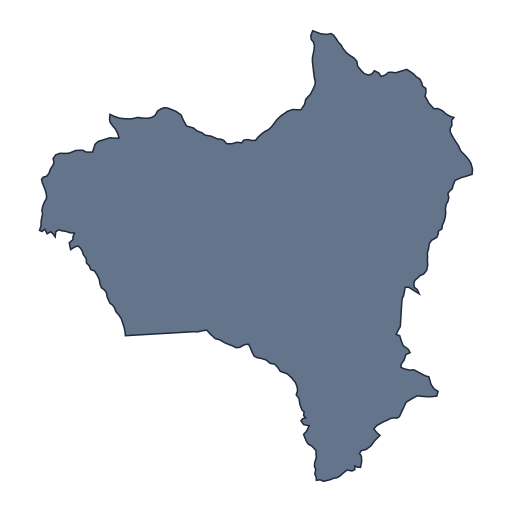 Brotas, São Paulo, Brazil (orthographic projection)
{"feature_id": "56859067B5595696785316", "entity_name": "Brotas", "entity_type": "district", "adm_level": 2, "iso_a3": "BRA", "parent_name": "Brazil", "parent_adm1": "São Paulo", "projection": "orthographic", "projection_center": [-48.081, -22.291], "detail": "fine", "context": "isolated", "style": "filled", "palette": "slate", "viewbox_px": 512, "rotation_deg": 0, "n_neighbors": 0, "source": "geoboundaries", "source_scale": "gbopen_adm2", "svg_char_len": 4590}
<svg xmlns="http://www.w3.org/2000/svg" viewBox="0 0 512 512"><path d="M453.9,117.5L450.8,116.6L446.0,114.0L443.0,111.1L440.3,109.6L437.4,108.5L434.0,108.8L431.0,105.5L428.8,103.1L427.0,99.5L425.0,96.1L425.9,93.1L425.8,88.4L422.4,85.9L421.8,82.8L419.9,79.1L416.0,76.6L413.3,73.7L410.7,71.9L406.8,69.4L400.1,71.4L395.5,72.8L391.7,72.2L388.3,72.4L385.3,75.0L381.1,76.4L378.7,72.9L374.4,70.7L371.9,73.9L368.5,75.1L364.2,73.6L360.9,70.2L357.7,66.2L356.8,61.2L353.8,57.8L350.0,55.5L346.3,52.6L342.9,48.4L341.0,44.9L338.5,42.4L336.2,38.7L333.7,35.3L331.0,33.5L327.2,34.4L320.8,33.8L312.7,30.7L310.8,35.6L311.2,39.4L313.4,42.1L314.4,45.9L314.0,49.9L313.2,53.9L312.4,57.9L312.4,61.6L313.1,67.7L313.7,72.8L314.4,78.2L315.2,81.0L315.1,84.5L313.1,89.0L310.4,94.4L307.9,96.8L305.7,99.4L304.5,104.5L300.9,109.8L296.6,109.7L292.8,109.5L287.4,111.3L284.4,113.5L280.9,115.8L276.6,120.0L273.6,124.1L271.3,127.0L268.5,129.6L264.5,131.7L261.5,134.0L257.9,137.3L255.5,140.4L251.4,140.4L248.0,139.6L243.7,140.1L241.7,142.9L237.2,142.2L231.5,143.8L226.6,143.7L223.8,140.4L221.0,139.2L217.3,138.9L211.3,136.2L205.0,135.1L201.8,132.6L197.3,131.1L193.5,128.0L189.8,126.9L186.6,126.1L184.9,123.0L183.0,119.5L181.2,115.0L176.1,111.4L171.0,109.3L167.6,108.0L164.3,107.7L161.1,108.8L157.6,110.9L155.1,115.4L152.0,117.3L148.4,118.2L143.3,118.2L137.8,117.4L135.0,118.1L131.3,118.8L127.8,118.9L123.3,118.6L119.4,118.1L115.8,116.9L113.2,115.9L110.0,114.3L109.5,119.2L110.2,122.4L112.6,125.8L115.5,129.2L117.6,133.3L119.1,138.0L114.8,138.2L110.1,137.7L104.9,139.3L98.2,141.4L95.1,144.2L92.5,152.1L86.1,152.1L82.9,150.3L79.8,150.2L75.7,150.5L69.3,153.1L65.9,153.4L60.0,153.3L55.8,154.8L53.1,158.5L54.0,162.8L52.4,166.1L50.4,169.1L48.9,173.4L46.5,176.3L43.3,177.1L41.5,179.4L42.5,183.3L43.9,186.6L45.5,190.8L46.5,195.3L46.5,198.4L44.4,202.0L42.6,206.7L41.9,210.5L42.6,214.2L41.7,217.7L41.1,221.4L41.0,225.7L39.5,230.4L42.1,231.5L44.8,229.2L47.1,233.8L50.8,231.7L53.4,234.4L55.2,236.9L55.7,232.0L58.8,229.7L61.7,230.8L66.0,231.4L69.9,232.8L74.4,233.1L73.0,236.5L72.9,239.6L69.2,242.9L70.6,249.6L74.7,247.0L78.0,246.0L80.4,248.1L82.1,250.7L83.3,254.6L86.2,258.6L86.5,263.1L89.1,265.6L90.7,269.6L94.6,271.0L97.2,275.2L99.2,279.3L100.2,284.8L101.6,287.9L104.7,290.2L106.5,293.0L107.2,297.2L108.7,300.5L110.1,303.4L112.5,305.0L114.3,307.5L116.0,311.8L118.7,314.8L121.3,318.8L122.6,322.8L124.2,327.7L125.1,332.3L125.4,335.7L152.6,334.1L193.9,331.7L197.7,331.9L201.9,330.9L206.8,330.1L209.9,333.7L212.2,335.8L215.2,338.6L220.0,339.9L224.2,342.5L228.8,344.5L232.4,345.8L235.9,347.7L239.8,347.4L242.8,345.6L245.5,344.4L248.5,344.3L250.1,347.1L251.8,351.6L254.2,356.2L257.2,357.7L260.2,358.2L263.2,359.0L266.1,360.0L270.2,363.4L274.7,364.2L277.8,367.5L280.3,371.4L287.2,373.8L291.7,377.9L293.4,380.2L295.4,382.4L297.0,386.6L297.6,390.4L296.2,394.9L299.0,398.5L299.9,404.5L301.9,409.8L304.1,412.0L303.6,415.5L305.6,417.9L302.8,418.6L300.9,420.8L303.7,424.6L309.2,425.7L307.7,428.7L306.5,431.3L303.6,434.3L304.8,437.6L306.8,442.1L308.6,444.4L311.3,445.7L313.7,448.0L316.0,450.6L316.0,453.8L316.3,457.6L314.8,462.3L314.4,466.4L315.7,469.3L314.8,474.1L316.1,476.8L316.4,480.3L320.1,479.8L323.6,481.3L326.6,480.6L330.8,479.5L333.5,478.3L337.0,477.7L340.1,475.9L343.5,472.8L347.2,470.0L351.9,471.0L354.8,469.7L354.8,466.0L357.5,467.2L360.5,467.4L361.7,461.2L361.4,456.3L359.5,453.4L361.3,450.6L366.2,449.5L371.1,445.7L374.1,441.4L376.8,438.5L380.0,435.4L377.1,433.0L373.8,428.8L377.1,425.3L379.8,423.9L383.5,421.8L387.5,420.1L390.4,418.5L393.8,417.8L396.9,418.2L399.4,416.6L406.1,402.3L411.4,399.0L417.3,395.8L422.2,396.4L428.5,396.8L432.1,396.6L436.8,396.1L438.1,391.4L434.1,388.9L431.1,384.5L429.8,380.1L428.9,376.8L425.5,375.9L417.3,371.6L413.9,369.8L409.7,370.1L404.5,368.9L400.9,367.4L401.3,364.0L404.0,360.3L406.0,354.5L410.1,352.7L408.3,349.3L403.1,345.5L401.1,340.2L399.7,335.7L396.1,334.4L398.6,329.5L400.3,326.6L401.8,302.6L402.2,298.4L403.6,295.8L405.2,287.3L408.8,287.3L419.2,293.9L417.2,289.5L414.4,287.4L413.8,284.0L414.8,280.4L417.9,277.7L420.1,275.6L423.7,274.0L426.7,270.3L427.7,264.9L427.4,260.3L427.6,256.7L427.3,253.4L428.8,247.6L429.2,243.6L431.8,240.2L436.8,237.4L438.1,234.2L438.5,231.1L442.0,228.8L442.3,225.4L444.3,220.8L445.3,216.7L445.7,213.1L445.4,209.0L446.2,204.3L447.9,201.4L448.8,197.9L447.9,193.4L449.9,190.9L452.1,189.0L453.2,185.1L455.0,180.5L458.6,178.8L461.9,177.4L466.0,176.3L472.1,174.3L472.5,169.1L470.9,163.3L469.2,160.3L465.7,156.0L460.9,151.2L458.4,145.6L455.7,141.6L453.2,137.7L450.4,132.3L450.2,128.4L451.9,125.5L451.7,120.3L453.9,117.5Z" fill="#64748b" stroke="#1e293b" stroke-width="1.5"/></svg>